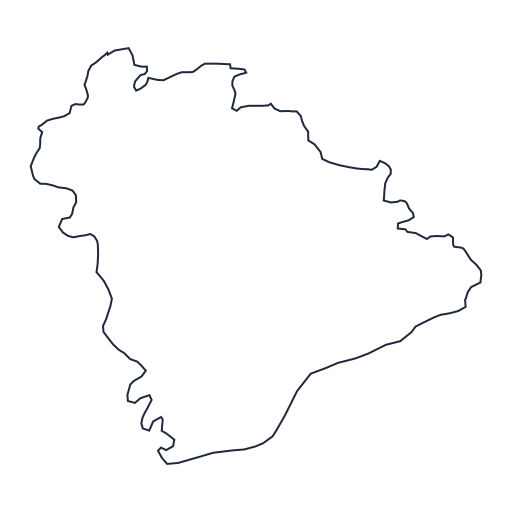 Agios Theodoros Larnakas, Larnaca, Cyprus
{"feature_id": "46923920B48762989005446", "entity_name": "Agios Theodoros Larnakas", "entity_type": "district", "adm_level": 2, "iso_a3": "CYP", "parent_name": "Cyprus", "parent_adm1": "Larnaca", "projection": "equal_earth", "projection_center": [33.405, 34.782], "detail": "fine", "context": "isolated", "style": "outline", "palette": "slate", "viewbox_px": 512, "rotation_deg": 0, "n_neighbors": 0, "source": "geoboundaries", "source_scale": "gbopen_adm2", "svg_char_len": 3085}
<svg xmlns="http://www.w3.org/2000/svg" viewBox="0 0 512 512"><path d="M107.3,52.7L104.4,55.4L102.3,56.8L100.3,58.7L95.4,62.9L91.4,65.4L88.4,70.8L87.3,76.6L84.5,84.9L86.1,88.9L87.9,95.2L87.9,97.2L87.5,98.1L85.4,102.3L83.6,104.5L79.1,104.5L75.4,104.1L71.5,105.8L71.3,106.4L69.6,113.1L64.3,116.2L59.4,117.5L52.5,118.9L47.1,120.6L41.6,125.0L38.7,126.6L38.3,128.7L42.2,132.1L40.6,137.1L40.2,139.3L40.2,144.3L39.7,148.1L35.8,154.1L33.9,158.1L30.7,166.2L33.0,175.6L34.4,179.0L40.2,183.7L46.2,183.9L52.9,185.4L58.1,187.3L66.4,188.3L72.6,190.6L75.9,195.2L76.2,202.3L73.4,207.5L72.2,213.7L69.9,217.5L62.2,219.0L58.8,226.9L62.9,232.5L68.2,236.0L73.6,237.3L79.8,236.0L85.9,235.2L90.3,234.0L94.3,236.4L97.2,241.0L97.9,245.4L98.1,254.8L98.1,255.0L97.6,264.3L96.5,272.2L100.9,277.3L104.0,281.2L106.2,285.3L108.4,289.4L111.9,298.7L110.5,305.8L108.8,311.0L107.9,313.7L106.3,318.7L103.0,326.0L103.5,331.9L109.1,339.3L113.3,344.6L118.8,349.8L124.2,353.1L130.2,359.1L137.2,361.6L140.6,364.8L145.8,370.6L141.6,376.4L133.7,381.0L130.2,384.7L127.4,394.9L127.9,401.0L134.9,402.9L140.6,398.1L149.4,395.2L151.6,399.9L147.1,408.7L144.6,413.1L142.5,417.7L141.3,423.5L142.9,428.5L149.2,430.6L153.2,421.4L161.1,417.0L162.7,419.7L161.7,430.8L166.4,433.5L174.3,439.7L173.1,446.2L166.1,450.1L161.0,447.6L158.0,450.7L161.9,457.9L167.1,463.9L168.5,463.8L177.8,463.0L197.8,457.3L213.0,452.8L232.5,450.4L244.0,449.5L255.3,446.5L263.2,443.2L272.6,436.3L276.4,430.3L284.9,415.5L297.0,391.2L310.7,373.7L326.7,367.7L337.9,362.9L355.5,358.4L368.2,353.6L385.8,344.8L400.2,341.2L411.5,332.1L415.5,326.6L423.5,322.5L435.1,316.9L440.7,314.8L449.6,313.3L458.3,311.0L462.3,308.7L465.6,306.9L465.1,299.8L465.8,298.5L467.7,292.3L471.1,287.1L480.4,282.5L481.3,275.0L480.8,270.4L476.2,264.6L471.1,260.0L469.5,257.7L464.9,250.4L463.2,248.5L461.6,247.7L454.2,246.7L453.1,244.6L453.0,237.5L448.4,234.4L444.4,236.4L437.1,236.0L430.6,236.4L426.8,239.0L415.7,233.1L407.5,231.9L405.2,229.3L397.8,228.5L398.0,223.5L402.8,221.9L408.7,220.3L413.8,217.0L413.0,213.2L409.0,208.4L406.9,203.3L404.9,201.3L401.3,200.5L399.7,200.6L397.8,201.7L391.0,202.5L383.7,200.5L384.2,195.4L384.4,190.9L385.3,183.1L387.9,177.5L390.7,173.9L390.8,169.5L388.8,166.2L385.0,163.2L379.8,160.9L376.5,166.9L371.7,169.8L367.3,169.2L363.1,169.1L357.0,168.5L349.6,167.3L339.4,165.2L329.4,162.3L322.2,158.9L320.6,152.1L314.6,144.4L308.3,140.4L308.1,131.6L304.1,126.0L301.8,120.2L300.9,116.2L296.7,111.4L291.8,111.4L288.8,111.0L280.3,111.2L274.5,108.5L270.8,103.7L268.4,105.4L262.4,105.8L258.5,105.8L248.7,105.8L240.8,107.3L236.7,110.8L232.0,108.3L233.7,101.8L235.5,93.5L234.3,89.8L232.3,85.4L232.5,81.0L234.5,76.6L239.5,74.5L246.2,72.7L244.5,69.5L238.1,68.7L230.6,68.3L230.1,64.3L217.2,63.7L210.2,63.7L204.9,63.7L201.1,65.8L196.8,69.3L193.3,71.8L190.5,72.2L181.9,72.2L177.2,73.7L167.5,78.3L163.6,80.2L158.0,80.0L148.3,77.9L147.6,81.0L145.9,84.7L140.4,88.7L136.2,90.6L133.9,86.6L135.1,81.4L140.6,75.0L144.6,74.1L147.1,71.2L146.9,66.6L141.8,66.7L134.4,64.9L132.5,55.3L128.6,48.1L120.1,49.6L114.6,50.5L107.8,54.7L107.3,52.7Z" fill="none" stroke="#1e293b" stroke-width="2"/></svg>